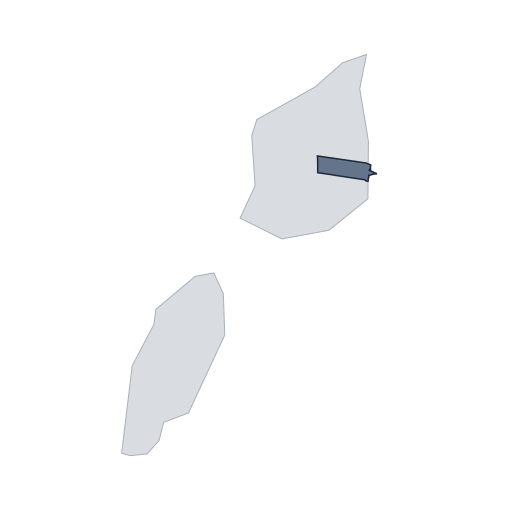 Gagaifomauga II, Gaga'ifomauga, Samoa shown in context, rotated 97°
{"feature_id": "51752279B51367049300585", "entity_name": "Gagaifomauga II", "entity_type": "district", "adm_level": 2, "iso_a3": "WSM", "parent_name": "Samoa", "parent_adm1": "Gaga'ifomauga", "projection": "robinson", "projection_center": [-172.418, -13.533], "detail": "fine", "context": "in_parent", "style": "filled", "palette": "slate", "viewbox_px": 512, "rotation_deg": 97, "n_neighbors": 0, "source": "geoboundaries", "source_scale": "gbopen_adm2", "svg_char_len": 1609}
<svg xmlns="http://www.w3.org/2000/svg" viewBox="0 0 512 512"><g transform="rotate(97 256 256)"><path d="M185.5,151.9L221.5,186.6L235.9,232.5L220.4,276.4L186.4,265.5L137.0,274.9L120.5,271.8L81.0,217.9L53.6,193.6L42.5,170.9L77.5,173.4L128.5,158.4L185.5,151.9ZM468.1,365.3L380.0,365.5L336.4,349.0L321.0,348.8L283.7,314.0L277.9,295.8L297.6,283.8L338.3,277.4L420.0,303.9L432.3,327.3L451.1,329.8L465.7,340.0L469.5,356.4L468.1,365.3Z" fill="#d9dde1" stroke="#a8b0b8" stroke-width="1"/><path d="M166.1,191.5L166.3,186.8L166.6,175.8L167.1,157.1L167.3,156.9L167.6,156.6L167.8,156.4L168.2,155.7L168.2,155.0L168.1,153.9L165.4,153.9L164.9,153.9L163.9,153.9L163.8,153.6L162.6,153.7L162.5,153.9L162.1,153.9L162.0,153.2L160.3,148.9L159.8,146.5L159.6,146.5L159.3,146.8L159.3,147.1L159.3,147.3L159.3,147.6L159.1,147.8L159.1,148.0L158.9,148.4L158.9,148.6L158.8,149.0L158.7,149.2L158.5,149.5L158.3,149.9L158.2,150.1L158.0,150.7L158.0,150.9L157.9,151.6L157.8,151.8L157.9,152.0L157.7,152.2L157.4,152.4L157.3,152.5L157.0,152.7L156.9,152.7L156.8,152.8L156.2,153.1L156.2,153.3L156.3,153.1L156.7,153.0L156.8,153.0L157.0,153.0L157.4,152.9L157.5,152.9L157.5,153.2L157.5,153.3L157.4,153.4L157.4,153.7L157.2,153.8L156.9,154.0L156.7,154.0L156.4,153.9L156.2,153.7L156.2,153.8L156.0,153.7L155.9,153.5L155.8,153.3L155.6,153.3L155.5,153.2L155.4,153.0L155.2,153.0L154.9,153.1L154.7,153.1L154.4,153.1L154.1,153.2L153.6,153.2L153.4,153.2L152.8,153.2L152.4,153.2L151.7,153.2L150.3,157.9L149.2,207.3L152.1,206.7L155.0,206.3L157.9,205.9L160.2,205.6L164.2,205.1L165.8,204.9L166.1,191.5Z" fill="#64748b" stroke="#1e293b" stroke-width="1.5"/></g></svg>